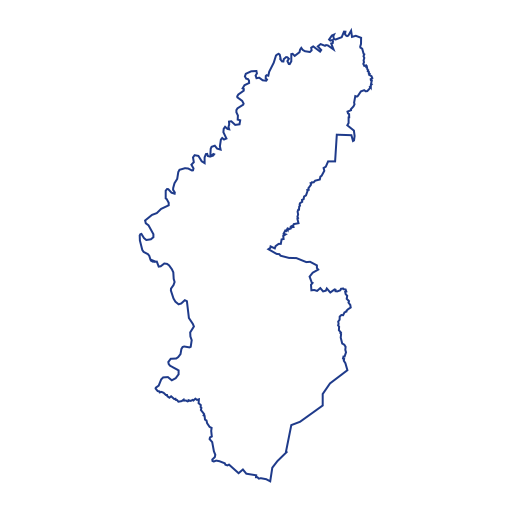 Savelugu, Northern, Ghana
{"feature_id": "2480657B27215926841583", "entity_name": "Savelugu", "entity_type": "district", "adm_level": 2, "iso_a3": "GHA", "parent_name": "Ghana", "parent_adm1": "Northern", "projection": "robinson", "projection_center": [-0.823, 9.867], "detail": "fine", "context": "isolated", "style": "outline", "palette": "blue", "viewbox_px": 512, "rotation_deg": 0, "n_neighbors": 0, "source": "geoboundaries", "source_scale": "gbopen_adm2", "svg_char_len": 5975}
<svg xmlns="http://www.w3.org/2000/svg" viewBox="0 0 512 512"><path d="M227.5,465.4L229.0,464.6L238.6,473.2L242.9,469.5L246.3,473.7L256.2,475.3L256.0,477.2L257.4,477.2L258.8,478.6L260.8,478.2L266.2,479.2L270.2,481.3L272.3,467.7L277.4,461.1L286.6,452.1L286.0,451.6L291.3,425.1L300.0,421.8L322.7,405.5L322.7,394.0L330.0,383.4L347.4,370.2L345.4,363.2L343.8,360.7L344.1,358.9L343.0,358.5L343.5,356.5L344.6,356.5L346.0,352.3L345.3,349.8L345.6,346.8L344.3,344.7L342.2,343.5L340.7,337.6L341.1,334.0L340.4,333.1L340.9,332.5L338.9,330.2L339.1,326.7L338.1,325.3L338.6,323.9L338.2,321.6L339.6,319.7L339.7,316.6L341.4,315.0L343.1,315.2L344.5,312.4L346.5,311.5L346.5,310.7L348.1,309.2L350.7,307.5L350.3,305.0L348.5,302.6L349.0,301.1L346.7,298.8L347.2,295.8L345.6,294.0L345.2,291.8L346.3,291.5L345.6,289.5L343.5,289.2L343.1,288.5L341.0,288.8L340.3,290.3L337.3,291.4L335.5,291.2L335.5,289.7L334.6,289.4L330.3,292.5L326.8,288.5L325.8,290.7L323.1,291.4L320.3,288.1L317.1,290.9L314.2,290.0L311.4,290.3L311.0,284.8L312.5,283.0L311.8,282.7L309.6,276.6L312.7,272.7L318.2,269.6L316.9,268.0L316.9,265.4L310.1,261.8L306.3,262.1L296.4,258.1L288.9,257.9L280.5,255.7L279.4,254.2L276.6,253.9L268.4,249.2L270.3,247.9L270.6,246.4L274.8,248.4L275.6,246.1L278.6,243.9L280.8,243.9L281.6,239.4L283.6,239.0L283.2,235.9L285.6,234.4L283.6,233.7L285.3,230.5L286.2,231.0L287.1,229.3L287.8,230.2L288.1,228.6L289.0,229.2L290.8,228.5L291.2,227.1L290.7,226.9L291.2,226.3L292.1,225.9L292.1,227.2L293.5,227.0L293.1,225.7L293.8,224.1L298.5,223.2L297.4,218.8L298.1,218.1L297.4,216.9L298.1,214.5L297.6,211.6L298.2,209.8L299.0,209.7L299.2,206.5L300.0,205.7L299.6,204.3L300.1,203.1L302.2,201.8L302.0,199.9L303.6,199.2L304.1,196.5L306.0,195.4L307.6,190.8L307.3,190.1L308.7,189.8L308.4,188.2L310.9,184.9L310.7,183.2L311.4,183.3L311.8,182.3L313.7,182.3L315.1,180.7L319.8,179.5L320.4,176.6L321.6,175.8L324.3,170.8L323.6,168.0L325.8,166.7L328.1,161.4L335.1,161.4L336.8,134.7L351.4,135.2L353.0,141.0L354.0,140.4L354.6,136.0L353.9,130.6L347.3,125.3L348.6,123.0L348.6,117.4L349.2,117.3L349.1,114.1L348.0,113.4L347.5,111.6L351.0,110.2L350.9,109.2L353.5,106.4L354.5,104.3L354.1,102.6L355.3,96.1L356.9,96.6L357.8,96.0L360.9,91.4L364.2,90.2L365.7,91.3L367.3,91.1L369.4,88.8L370.3,87.7L369.9,86.9L370.5,86.5L370.8,87.0L370.8,85.3L371.6,84.4L371.0,84.1L371.8,80.5L370.9,80.3L370.7,79.1L372.3,78.1L371.5,76.2L369.2,74.8L369.6,73.8L368.8,73.5L368.9,72.0L367.8,71.3L368.2,70.2L367.4,69.5L366.8,66.5L366.2,66.8L366.0,65.4L364.3,65.9L363.3,63.9L364.0,62.2L363.6,60.4L364.3,57.9L363.5,56.2L364.3,54.3L363.6,53.8L362.2,48.7L360.4,47.6L360.2,46.7L361.0,43.9L361.1,37.8L355.8,35.8L352.0,36.9L351.1,30.7L348.3,35.6L347.1,36.1L346.0,35.5L345.0,34.2L345.4,31.7L344.0,31.6L341.7,37.2L335.6,39.5L333.9,39.0L333.3,36.1L334.0,34.6L331.9,35.5L329.1,39.5L330.3,40.6L332.2,40.1L333.0,41.1L332.7,43.1L331.2,43.5L333.5,49.4L327.8,45.4L326.0,45.1L325.0,45.8L320.6,44.1L317.8,46.4L321.2,50.0L320.1,51.6L313.2,46.4L311.2,47.7L311.6,50.4L309.9,52.0L304.9,51.2L302.7,49.9L301.3,47.9L300.1,49.6L299.5,52.2L294.7,55.9L292.6,53.8L291.3,54.1L291.3,61.3L289.7,64.1L288.8,64.0L287.4,61.1L288.9,58.8L287.4,57.3L286.1,57.1L283.8,59.1L283.4,61.5L282.0,61.4L280.2,59.0L280.6,58.5L279.7,54.6L278.6,53.8L277.1,54.6L276.0,55.5L273.7,62.8L269.2,71.7L268.3,75.7L266.6,75.2L265.8,76.0L265.7,78.3L267.0,79.6L266.2,80.7L262.7,80.3L259.2,77.7L256.5,78.2L255.6,75.6L256.9,73.4L256.4,71.0L251.2,71.3L245.8,73.8L244.9,76.4L246.2,78.7L248.0,79.1L249.0,80.6L249.1,83.0L244.5,85.2L242.6,88.4L243.8,89.0L243.7,90.7L238.3,94.5L237.2,96.4L237.4,97.4L242.2,100.9L243.6,103.6L243.2,104.7L237.5,108.3L236.4,110.1L236.4,112.3L237.9,115.5L237.7,119.6L240.2,120.3L239.5,124.3L235.2,124.9L231.3,121.3L229.0,121.6L229.2,124.4L228.5,127.0L229.2,129.3L227.4,128.9L225.1,126.8L223.7,128.8L223.4,132.2L226.4,138.5L224.0,139.5L222.2,138.0L220.9,139.6L219.9,146.2L220.6,149.6L217.1,148.6L214.8,145.7L211.6,146.8L210.7,148.8L210.4,154.6L211.4,155.5L213.4,154.0L214.1,154.3L213.1,155.6L210.1,156.6L207.8,156.0L207.2,153.9L205.9,154.1L204.6,157.4L204.6,163.1L201.7,161.3L198.4,155.9L194.6,155.2L193.0,157.4L193.8,162.2L191.4,164.7L193.5,168.4L193.0,170.3L192.0,170.5L188.1,168.5L185.0,168.2L179.5,169.8L178.3,172.0L177.2,178.9L174.5,183.2L173.2,187.9L173.1,189.8L174.8,192.5L174.6,193.7L171.5,192.7L168.3,189.2L167.1,189.0L165.7,190.7L165.7,198.4L166.7,199.1L168.7,202.8L168.7,205.3L161.1,208.9L156.8,213.1L152.0,214.9L145.1,220.5L145.8,223.3L148.5,225.3L153.4,234.2L153.4,237.2L150.9,239.3L146.3,240.0L144.0,238.1L141.4,233.9L140.3,234.3L139.7,235.5L139.9,240.5L142.3,250.0L143.6,251.9L148.0,254.2L149.3,255.9L150.4,259.5L154.3,261.1L152.3,261.1L150.6,260.0L151.0,260.7L152.9,261.7L155.5,261.1L153.7,261.9L156.8,261.6L158.7,266.6L160.7,266.3L164.3,263.5L167.1,263.9L169.1,265.4L171.9,269.3L173.3,272.3L173.7,278.9L174.6,282.0L173.5,285.1L171.0,288.6L170.9,290.6L173.5,298.5L175.4,301.7L178.6,304.3L181.2,303.5L184.8,300.2L186.9,301.2L188.9,318.0L192.9,324.0L193.9,326.5L190.2,332.4L190.4,336.5L191.7,340.2L190.7,346.8L189.5,347.4L184.2,346.5L182.6,347.0L181.4,349.0L180.5,354.1L178.2,357.1L176.2,358.5L170.7,358.8L168.3,362.0L168.7,364.0L170.0,365.7L178.6,370.4L178.6,374.3L175.7,378.2L171.8,380.3L167.9,377.1L163.2,377.4L161.2,379.4L158.7,385.6L155.8,387.7L155.6,388.6L157.7,391.1L159.4,391.4L159.7,392.4L161.5,391.9L163.6,392.8L165.9,395.0L167.0,395.0L167.4,396.3L169.4,397.7L171.1,396.3L174.3,399.1L175.5,398.8L175.9,399.9L177.1,400.1L178.4,401.7L181.7,401.1L183.7,399.6L184.0,400.6L185.9,400.5L187.6,401.4L188.9,400.9L188.8,400.3L190.7,400.9L192.7,399.9L193.4,400.5L195.4,398.7L197.0,399.9L198.9,399.3L198.6,403.2L200.8,405.1L200.6,407.1L201.4,407.9L200.9,410.0L204.2,414.2L203.6,415.4L204.6,415.9L205.0,419.6L206.5,420.5L207.1,423.2L209.6,426.9L211.6,427.9L211.2,430.9L211.8,436.5L210.0,437.4L209.6,439.1L212.2,442.1L213.9,451.3L215.3,454.8L214.8,457.1L212.3,459.5L212.5,461.0L213.8,461.5L216.2,460.6L219.4,461.2L224.8,463.3L225.4,464.7L227.5,465.4Z" fill="none" stroke="#1e3a8a" stroke-width="2"/></svg>